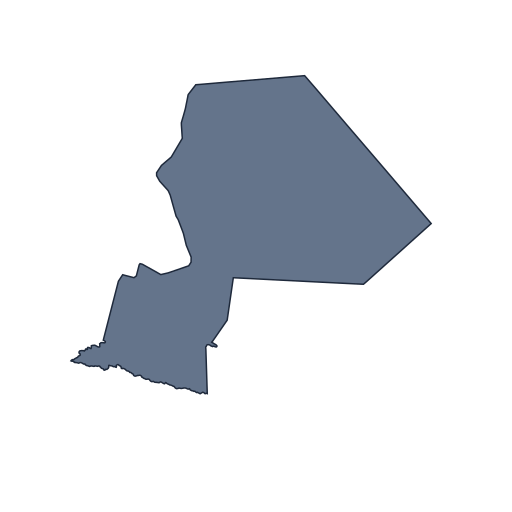 the district of Mongu, Western, Zambia, rotated 299°
{"feature_id": "96606910B8342530541372", "entity_name": "Mongu", "entity_type": "district", "adm_level": 2, "iso_a3": "ZMB", "parent_name": "Zambia", "parent_adm1": "Western", "projection": "equal_earth", "projection_center": [23.028, -15.443], "detail": "fine", "context": "isolated", "style": "filled", "palette": "slate", "viewbox_px": 512, "rotation_deg": 299, "n_neighbors": 0, "source": "geoboundaries", "source_scale": "gbopen_adm2", "svg_char_len": 5633}
<svg xmlns="http://www.w3.org/2000/svg" viewBox="0 0 512 512"><g transform="rotate(299 256 256)"><path d="M112.0,280.1L120.2,275.2L146.2,259.7L150.4,257.2L151.5,256.4L152.4,256.1L153.0,256.3L153.7,256.2L154.3,256.2L154.8,256.5L155.3,257.1L155.5,257.8L155.7,258.3L155.7,258.7L155.7,259.0L155.6,259.7L155.5,260.2L155.6,260.8L155.7,261.2L155.7,261.6L155.7,261.9L156.1,262.2L156.4,262.5L156.6,262.8L156.6,263.0L156.7,263.4L156.7,263.7L156.8,264.3L156.9,264.7L157.1,265.3L157.4,265.5L157.7,265.6L158.0,265.6L158.4,265.5L158.5,265.3L158.7,264.9L158.9,264.3L159.0,263.5L159.0,262.9L158.9,262.3L159.0,261.8L159.0,261.2L159.1,260.6L159.1,260.1L159.0,259.6L159.0,259.3L159.1,259.0L160.1,259.3L160.9,259.4L185.9,261.9L226.0,246.7L248.4,292.4L254.0,303.8L260.0,316.1L278.7,354.2L283.4,363.7L287.2,365.1L348.2,386.2L369.3,393.5L369.4,393.3L372.0,386.3L394.1,327.2L412.0,279.1L432.0,225.6L437.3,211.1L394.4,146.9L380.3,125.9L376.6,120.3L376.4,120.3L372.6,119.7L364.8,118.5L364.5,118.5L364.1,118.5L363.9,118.5L361.9,119.2L359.4,120.0L357.6,120.6L355.9,121.1L352.2,122.3L350.2,122.9L346.9,123.7L342.2,124.8L341.2,125.0L336.4,126.1L336.0,126.3L335.5,126.6L334.3,127.3L330.6,129.7L325.3,133.1L323.2,134.5L319.2,134.4L301.5,133.9L289.4,129.4L280.6,128.7L278.0,130.2L274.7,135.6L270.6,147.5L267.7,151.4L261.7,157.3L252.1,166.8L250.1,170.3L242.5,179.3L240.5,181.6L231.6,189.8L223.6,199.8L219.1,202.2L214.8,201.9L198.6,187.3L194.2,182.4L193.6,181.8L193.7,160.6L193.1,158.3L191.7,158.1L180.6,161.0L177.9,159.8L175.6,151.0L175.0,148.5L171.3,148.2L167.2,147.9L142.2,154.4L108.8,163.1L108.3,163.3L108.4,163.8L108.4,164.5L108.3,165.0L108.1,165.7L107.6,166.0L106.9,165.9L106.4,165.3L105.9,163.9L105.5,163.1L104.9,162.4L104.5,162.2L104.0,162.2L103.7,162.0L103.5,161.8L103.0,162.1L102.3,162.6L101.8,162.8L101.3,163.2L100.8,163.3L100.3,162.9L100.1,162.4L99.9,161.6L99.9,160.7L99.9,159.6L99.9,159.0L99.8,158.2L99.3,157.4L98.9,156.9L98.4,156.1L97.9,155.7L97.7,155.5L97.1,155.8L96.2,156.3L95.6,156.5L95.1,156.6L94.9,156.3L94.9,155.8L95.0,154.9L94.9,154.0L94.4,153.1L93.7,153.2L93.2,153.6L92.8,153.8L92.5,153.7L92.4,153.3L92.4,153.0L92.4,152.5L92.2,152.2L91.9,152.1L91.7,152.2L91.3,152.4L91.0,152.2L90.5,152.0L89.9,152.0L89.6,151.8L89.6,151.0L89.1,150.1L88.8,149.4L88.2,148.7L87.8,148.1L87.3,147.8L86.6,147.7L85.9,147.9L85.3,148.4L85.1,148.9L85.1,149.1L85.2,149.4L84.9,149.7L84.6,150.1L83.8,150.3L83.1,149.8L82.8,149.6L82.5,149.3L82.0,149.1L81.8,149.1L81.5,149.2L80.9,149.0L80.4,148.8L80.1,148.4L79.5,148.1L78.9,147.7L78.6,147.5L78.0,147.2L77.4,147.1L77.0,146.7L76.8,146.3L76.3,145.6L75.8,145.3L75.3,145.1L74.6,145.0L74.7,146.0L75.0,146.3L75.0,146.6L75.2,146.9L75.4,147.7L75.2,148.1L74.9,148.4L74.9,149.4L75.2,148.7L75.2,149.3L75.3,149.7L75.4,149.8L75.4,150.2L75.5,150.3L75.8,150.8L76.0,151.6L76.1,152.0L76.3,152.9L76.5,153.1L77.2,153.5L77.6,154.0L77.9,154.5L78.0,155.3L78.0,157.0L77.9,157.3L78.0,157.5L78.1,158.0L78.4,158.3L78.5,158.6L78.5,159.2L78.2,159.4L78.0,160.7L78.4,161.9L78.5,162.4L78.6,163.1L78.7,164.0L79.3,164.5L79.7,164.8L79.8,165.1L80.2,165.6L80.7,167.4L81.0,167.7L81.2,168.2L81.6,168.4L81.8,168.4L81.9,168.8L82.2,169.4L82.4,170.0L82.8,171.1L83.2,171.3L83.7,171.9L83.8,172.7L83.8,173.0L83.7,173.2L83.5,173.3L83.4,173.4L83.4,173.7L83.3,174.3L83.0,174.8L82.9,175.3L83.0,176.1L83.2,176.7L83.2,177.0L83.2,177.3L83.2,177.5L82.9,177.7L82.5,178.3L82.8,179.1L83.5,179.4L84.0,179.5L84.6,180.6L86.2,181.2L86.5,181.2L86.8,181.1L87.4,181.1L87.9,180.8L88.9,180.3L89.3,180.8L89.5,182.1L89.7,182.5L90.1,183.6L90.0,184.4L90.1,185.1L90.6,185.6L90.7,187.0L90.9,187.7L91.6,187.6L91.7,187.4L92.5,186.8L93.4,187.3L94.1,187.8L94.2,188.6L93.9,189.2L93.9,190.0L94.0,191.1L93.2,192.1L92.7,192.4L92.5,192.8L92.5,193.3L92.6,193.6L92.9,193.7L93.2,194.0L93.5,195.2L93.5,196.5L93.4,197.0L93.2,197.4L93.0,198.4L93.0,199.1L93.4,199.8L93.4,201.1L93.2,201.7L93.0,202.0L93.2,202.6L93.4,202.8L93.4,203.6L93.1,204.5L93.0,204.8L93.2,205.1L93.0,206.1L92.7,206.4L92.2,206.9L92.2,207.3L92.2,208.1L92.2,208.3L92.5,208.8L92.7,209.1L93.1,209.4L93.4,209.7L93.5,209.9L94.2,210.4L94.6,211.3L95.0,211.6L95.2,211.9L95.5,212.4L95.5,213.0L95.5,213.6L95.2,214.4L94.7,214.9L94.8,215.4L94.6,217.1L94.6,217.6L94.8,217.9L94.8,218.6L94.8,219.3L94.8,219.5L95.3,220.3L95.8,220.9L96.0,221.2L96.0,221.3L96.3,221.9L96.3,222.3L96.2,222.7L96.0,223.1L95.5,224.4L95.5,225.6L95.9,226.1L96.0,226.4L96.3,226.8L96.5,226.9L96.6,227.2L96.5,228.0L96.5,228.4L96.5,228.7L96.6,228.9L97.0,229.8L97.2,230.3L97.4,230.4L97.5,230.9L97.5,231.1L97.9,231.7L98.0,232.4L98.1,232.6L98.7,233.1L98.9,233.1L99.3,233.2L99.7,233.6L99.8,234.6L99.8,234.9L99.7,235.6L99.7,237.3L99.9,238.0L100.4,238.2L100.8,238.1L101.5,238.3L101.6,239.0L101.3,239.7L101.3,241.1L101.5,242.3L101.4,242.6L101.4,243.2L101.7,243.7L102.0,245.5L102.0,246.2L101.9,246.5L101.9,246.8L102.1,247.0L102.2,247.6L101.8,248.5L101.5,249.1L101.4,249.8L101.4,250.7L101.5,250.9L101.7,251.2L102.1,251.7L102.4,252.1L102.8,252.3L103.0,252.6L103.4,253.3L103.8,254.7L104.1,255.2L104.3,255.4L104.8,256.0L105.1,256.4L105.6,256.9L106.2,258.0L106.5,259.1L106.5,260.4L106.8,261.4L107.2,261.7L107.7,262.2L107.6,262.4L107.5,262.5L107.0,263.4L107.0,264.2L107.0,264.7L107.0,264.9L107.1,265.0L107.1,265.3L107.5,266.4L107.5,267.3L107.8,267.7L108.1,268.0L108.1,268.3L108.0,268.6L107.8,269.3L107.8,270.4L108.2,270.9L108.3,270.9L108.3,271.0L108.4,271.4L108.4,272.0L108.4,272.3L108.4,272.7L108.4,273.0L108.4,273.8L108.6,274.1L109.0,274.3L109.6,274.6L110.2,275.0L110.8,275.3L111.1,275.6L111.1,275.9L111.2,276.5L111.2,277.0L111.0,277.4L110.9,277.7L110.9,278.0L110.9,278.3L111.1,278.4L111.3,278.6L111.6,278.8L111.9,279.2L111.9,279.7L112.0,280.1Z" fill="#64748b" stroke="#1e293b" stroke-width="1.5"/></g></svg>